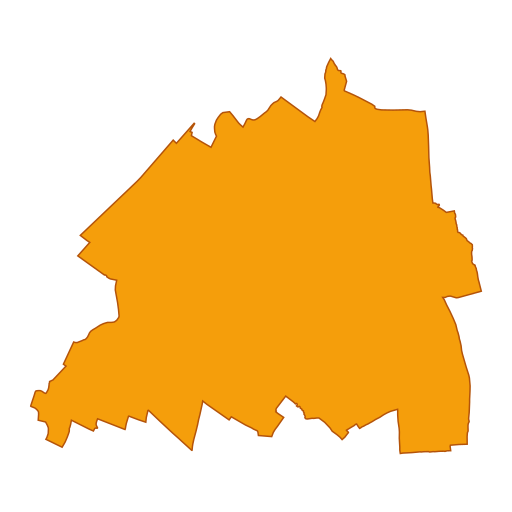 Grivita, Vaslui, Romania (Albers equal-area conic projection)
{"feature_id": "2599482B4273660829063", "entity_name": "Grivita", "entity_type": "district", "adm_level": 2, "iso_a3": "ROU", "parent_name": "Romania", "parent_adm1": "Vaslui", "projection": "albers", "projection_center": [27.682, 46.171], "detail": "fine", "context": "isolated", "style": "filled", "palette": "amber", "viewbox_px": 512, "rotation_deg": 0, "n_neighbors": 0, "source": "geoboundaries", "source_scale": "gbopen_adm2", "svg_char_len": 6006}
<svg xmlns="http://www.w3.org/2000/svg" viewBox="0 0 512 512"><path d="M49.6,381.5L49.6,382.3L49.1,383.7L49.1,384.5L48.7,387.6L48.2,389.5L47.3,391.2L46.3,392.9L45.8,393.4L44.4,393.0L42.1,391.4L40.8,390.8L40.1,390.6L38.1,390.6L36.0,390.9L35.2,392.0L34.0,396.0L31.0,405.0L30.7,406.1L30.9,406.4L34.7,407.9L35.7,408.6L37.0,409.8L38.3,411.4L38.5,412.1L38.6,414.3L38.2,420.2L45.6,422.0L47.3,425.2L48.3,427.7L48.4,429.1L48.2,433.6L46.9,437.4L45.9,439.3L62.1,447.2L63.9,444.2L65.2,441.9L67.3,437.0L68.4,434.0L69.2,431.6L69.3,430.6L69.3,428.6L69.5,427.9L69.8,427.4L70.6,424.5L71.4,420.2L89.1,429.1L93.4,431.0L94.7,428.5L95.5,428.1L96.9,428.2L97.4,428.1L97.5,427.7L96.5,425.8L96.1,424.5L96.2,423.1L96.7,421.1L97.6,418.8L125.0,429.5L125.3,428.9L125.8,425.9L126.3,423.5L128.0,417.8L128.5,416.3L128.8,416.1L138.6,419.8L145.8,422.2L146.3,417.5L147.6,411.9L147.9,410.5L148.1,410.4L148.5,410.3L160.0,421.3L172.8,433.2L178.9,438.6L181.9,441.4L191.7,450.3L192.0,450.3L192.2,449.0L192.4,446.7L192.8,444.0L193.8,439.4L196.1,430.8L197.2,426.2L197.5,425.1L198.6,419.6L199.9,414.5L202.2,404.1L202.7,401.0L207.0,404.4L229.1,419.9L231.3,416.8L245.5,425.0L251.6,427.9L253.5,429.1L257.3,430.8L257.9,432.0L258.4,435.5L271.7,436.6L273.3,432.4L275.1,429.4L277.4,426.4L283.7,417.4L278.1,413.6L275.8,411.8L276.3,411.0L275.8,410.2L276.3,408.4L285.7,396.1L293.1,401.7L294.7,403.1L295.4,403.9L296.3,403.5L296.8,403.5L297.2,404.2L297.3,405.0L296.5,405.9L297.6,406.8L298.1,406.9L299.5,406.4L299.7,406.5L300.2,407.3L300.4,408.4L301.2,408.6L301.7,409.0L301.9,409.7L302.0,410.0L302.9,410.6L303.4,410.8L303.4,411.8L304.2,413.0L303.9,414.0L304.7,415.2L305.2,416.6L304.9,417.5L305.2,418.2L305.9,418.8L307.3,419.0L312.0,418.3L313.8,418.4L316.8,418.0L318.9,418.0L319.1,418.1L324.7,422.3L330.0,427.9L332.2,431.2L336.9,434.6L339.9,437.1L342.1,439.6L344.9,437.1L346.7,434.7L348.4,432.6L348.4,432.4L348.0,431.8L346.4,430.4L346.4,430.2L351.5,427.1L354.1,425.6L355.5,424.4L356.6,424.0L358.2,426.5L359.6,428.4L360.6,427.9L361.9,426.9L363.8,426.1L365.8,424.9L368.3,423.8L369.4,423.1L372.0,421.7L375.7,419.4L379.8,417.3L383.7,414.7L387.2,412.8L390.6,411.3L397.6,409.3L397.7,410.8L397.7,415.0L398.1,421.3L399.1,428.0L399.3,430.4L399.4,432.1L399.3,438.3L399.8,447.1L399.8,449.9L400.1,452.3L400.3,453.5L402.6,453.1L411.9,452.6L420.5,451.8L420.9,452.0L423.8,451.7L428.6,451.6L429.1,451.9L429.8,452.0L433.2,451.6L434.8,451.7L439.3,451.3L444.0,451.2L444.9,451.4L447.2,450.8L450.7,450.7L450.1,446.3L450.4,445.2L458.7,444.5L467.2,444.2L467.1,436.6L467.4,432.7L468.1,431.0L468.0,427.5L468.0,425.4L468.2,423.9L468.5,423.0L469.1,421.8L469.1,421.2L468.6,419.0L468.7,417.4L469.2,412.3L469.6,402.1L469.6,399.2L470.0,390.9L470.1,385.9L469.4,377.9L468.8,375.2L466.2,367.1L462.4,354.0L461.6,350.5L461.1,345.9L460.1,341.3L459.4,339.1L459.0,336.5L458.0,332.7L457.2,330.5L455.8,324.6L453.3,318.6L450.0,311.5L446.6,304.9L444.3,299.8L443.6,298.7L442.7,297.4L445.2,297.4L447.1,296.5L448.2,296.3L450.0,296.1L450.9,296.2L455.9,297.7L456.6,297.8L458.2,297.6L481.3,291.2L478.9,281.7L478.3,279.7L477.8,276.9L477.4,273.7L477.0,271.7L476.5,270.3L476.2,268.4L475.3,266.5L475.1,265.4L474.8,265.0L474.6,265.1L474.5,264.9L473.7,264.5L472.7,263.7L472.2,262.8L471.6,260.9L472.1,260.3L472.1,259.1L472.0,256.9L471.6,254.2L471.6,252.3L471.8,251.0L472.2,250.5L472.3,249.8L472.5,248.7L472.3,247.6L472.4,246.4L472.3,244.7L470.9,243.4L470.4,243.3L468.7,241.8L467.1,240.6L466.8,240.0L466.5,239.0L465.8,238.1L463.1,236.0L462.9,235.5L462.8,235.1L462.0,234.9L461.4,234.5L459.7,232.7L459.0,232.5L458.1,232.4L457.8,232.0L457.6,231.4L457.6,229.9L457.3,229.5L457.2,228.8L457.3,228.0L456.9,226.9L456.7,224.8L456.1,223.5L456.1,222.8L455.7,220.7L455.1,218.7L455.2,217.8L455.4,217.2L455.7,217.0L455.5,214.8L455.3,214.0L454.7,213.4L454.3,210.9L446.3,212.4L443.4,210.2L439.1,207.5L438.2,207.4L437.9,207.3L437.8,207.1L438.0,206.7L439.1,205.5L439.3,205.2L439.2,204.5L439.0,204.3L437.4,204.5L436.4,204.1L435.7,203.3L433.6,203.0L432.9,203.0L432.3,198.6L431.5,189.2L431.1,185.7L430.3,175.9L429.8,172.2L429.6,167.5L428.9,157.7L428.6,146.1L428.2,135.1L427.8,130.0L427.4,127.0L425.9,118.0L424.9,111.2L420.2,111.7L416.2,111.3L411.5,110.2L407.6,109.8L393.0,110.1L381.6,109.9L377.3,109.3L376.5,109.1L375.5,108.6L374.9,108.1L374.7,106.8L374.8,106.3L371.8,104.2L360.3,98.2L354.4,95.3L344.5,90.9L344.2,90.5L344.2,90.1L346.6,81.3L345.0,76.0L345.0,75.0L344.8,74.7L344.0,74.1L343.1,73.7L341.6,73.3L340.9,72.7L340.8,72.3L341.0,71.2L340.7,70.7L338.5,70.5L337.8,69.9L337.5,69.5L337.1,68.0L336.7,67.1L336.3,66.3L335.3,65.4L335.0,64.5L334.4,63.9L334.1,63.3L333.2,61.3L331.4,59.5L330.7,58.5L328.7,62.3L326.8,66.5L326.5,67.5L326.5,68.3L325.8,70.2L325.8,71.3L325.5,72.7L325.0,73.9L324.7,78.1L325.4,80.6L326.0,84.1L326.3,88.0L326.3,89.6L326.0,94.7L324.4,99.3L323.2,102.4L322.2,104.6L321.8,106.2L322.0,107.5L320.8,109.7L319.7,112.4L319.2,114.0L318.5,116.0L317.1,118.6L314.9,121.5L307.8,116.7L281.0,97.0L279.8,98.5L278.0,100.6L276.5,101.5L274.0,102.6L272.6,103.8L270.9,105.5L267.7,110.4L265.8,112.1L264.5,113.0L260.0,116.7L257.3,118.6L255.5,119.6L254.1,120.0L252.6,119.9L250.5,119.2L249.8,118.8L248.8,118.6L247.4,119.0L246.6,120.0L244.9,123.6L243.0,127.1L240.2,124.6L238.6,123.0L232.9,115.6L229.6,111.7L222.9,112.6L220.7,114.2L218.2,117.4L216.4,120.2L214.9,124.2L214.5,126.4L214.5,128.1L214.8,131.9L215.7,134.6L216.5,136.1L211.0,147.3L201.6,141.9L191.4,135.7L192.1,132.4L190.0,131.5L192.1,127.8L194.6,123.8L194.1,123.3L176.4,143.3L173.2,140.1L140.6,177.7L136.8,181.6L80.3,235.4L86.9,240.5L89.8,242.4L77.8,255.9L104.4,275.0L104.7,274.8L105.1,274.9L106.2,275.4L106.7,276.0L106.8,276.8L108.7,278.1L110.3,278.9L116.7,280.2L115.5,285.9L115.3,290.0L117.6,302.7L118.5,309.5L119.1,316.1L118.7,317.5L116.7,320.3L114.5,321.9L113.2,322.2L111.3,322.4L107.6,322.4L105.5,323.0L103.3,323.7L100.1,325.2L95.5,328.2L92.9,329.7L90.7,331.3L89.5,332.9L88.4,335.3L87.4,337.2L86.3,338.5L85.2,339.5L83.8,339.8L81.5,340.9L80.6,341.2L77.1,342.6L75.1,342.5L73.7,342.0L63.4,364.2L66.0,366.1L52.9,380.0L49.6,381.5Z" fill="#f59e0b" stroke="#b45309" stroke-width="1.5"/></svg>